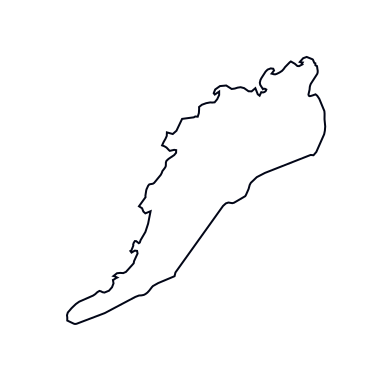 outline of Comoe, rotated 45°
{"feature_id": "CIV-3460", "entity_name": "Comoe", "entity_type": "Department", "adm_level": 1, "iso_a3": "CIV", "parent_name": "Ivory Coast", "parent_adm1": "", "projection": "equal_earth", "projection_center": [-3.5, 6.565], "detail": "fine", "context": "isolated", "style": "outline", "palette": "ink", "viewbox_px": 384, "rotation_deg": 45, "n_neighbors": 0, "source": "natural_earth", "source_scale": "10m", "svg_char_len": 2788}
<svg xmlns="http://www.w3.org/2000/svg" viewBox="0 0 384 384"><g transform="rotate(45 192 192)"><path d="M251.9,80.1L249.7,81.9L230.1,126.9L227.3,135.7L227.1,143.9L227.8,146.2L229.9,149.9L232.2,155.8L232.6,157.3L229.3,169.9L228.4,171.4L225.2,173.7L224.0,176.1L223.8,179.9L237.2,260.6L239.2,263.9L232.5,280.3L230.9,286.0L230.9,287.4L231.5,292.0L231.6,294.7L231.3,296.8L230.9,298.3L230.4,299.3L229.3,300.9L227.7,302.7L226.1,306.3L215.9,339.4L203.6,366.7L203.0,367.6L202.4,368.2L201.5,368.7L194.7,371.1L192.5,368.9L190.7,367.5L189.4,365.0L189.0,359.5L189.0,358.0L189.1,353.4L189.8,349.3L195.3,335.2L195.8,332.7L195.9,329.7L196.5,327.4L197.9,326.6L199.6,326.1L201.2,325.0L203.1,320.5L202.8,315.9L201.1,312.1L198.3,310.1L198.7,309.0L199.2,306.4L199.6,305.4L196.9,306.3L195.9,306.9L196.4,302.5L198.4,300.0L200.7,298.0L201.8,295.2L201.2,283.7L199.9,281.8L197.0,274.0L194.8,272.5L193.0,273.9L192.1,277.6L190.2,277.3L190.5,276.4L189.5,273.9L188.4,271.4L187.5,270.7L186.7,269.0L186.3,267.1L187.3,266.2L190.6,265.8L190.8,264.6L189.7,262.4L187.3,253.2L183.4,245.5L176.3,234.9L174.1,240.1L171.4,240.2L168.2,238.8L164.6,239.6L162.8,228.5L161.7,227.6L158.4,223.1L157.7,221.7L157.5,221.0L157.1,220.0L156.6,218.7L156.4,217.0L156.8,216.2L157.6,215.1L158.5,213.8L158.8,212.3L157.8,202.0L157.1,199.8L156.3,198.2L155.8,194.4L155.4,192.7L154.7,191.7L152.6,189.5L151.9,188.0L152.0,185.1L153.3,178.5L153.0,175.5L151.2,173.6L149.6,174.8L147.2,178.6L146.3,178.7L142.5,178.6L140.1,179.2L137.9,180.2L136.9,177.6L136.5,176.4L135.6,173.1L134.5,170.2L132.1,167.6L137.4,164.6L137.7,159.7L133.3,147.3L140.5,137.9L140.9,136.3L142.8,134.7L141.1,131.4L138.3,128.2L136.9,126.9L137.3,123.3L139.2,119.2L141.5,115.8L143.1,114.4L144.6,112.6L144.2,108.5L142.6,104.2L140.2,101.8L139.2,107.0L137.5,106.8L135.9,103.1L136.9,97.3L140.9,92.5L147.2,91.1L149.1,88.6L150.5,85.9L152.3,83.5L155.4,81.7L160.7,80.8L163.0,78.7L163.4,73.8L169.4,76.4L171.7,76.1L170.4,72.4L171.4,71.8L172.1,71.0L172.6,69.9L172.7,68.3L172.1,67.0L170.7,67.4L169.5,68.4L169.4,69.1L164.5,68.0L162.7,66.8L161.2,64.4L160.5,62.2L158.9,54.8L158.9,52.0L160.3,48.9L162.3,47.4L164.1,48.1L164.6,52.0L166.7,50.8L167.7,49.9L168.4,48.5L169.4,45.6L170.0,42.7L169.9,40.3L169.5,37.9L169.4,31.2L169.6,29.8L174.0,28.6L177.4,28.4L178.7,27.3L179.8,23.8L179.1,23.8L178.9,23.6L178.9,23.0L178.7,22.2L177.5,23.2L176.3,23.8L176.0,18.8L177.6,15.4L183.0,13.1L183.8,12.9L184.4,13.1L187.1,14.2L188.2,13.8L189.6,15.1L190.3,15.0L191.2,14.6L192.1,15.1L193.2,16.0L195.2,17.4L196.3,18.6L197.0,19.8L199.5,31.4L199.9,32.4L200.4,33.4L201.0,34.4L202.7,36.4L205.4,40.7L206.5,41.3L207.3,41.1L207.9,40.4L208.9,38.6L210.3,35.6L212.5,35.4L216.1,36.1L228.4,41.2L230.4,42.9L234.2,46.8L239.9,51.5L242.6,54.7L244.6,57.7L251.6,75.8L251.9,80.0L251.9,80.1Z" fill="none" stroke="#020617" stroke-width="2"/></g></svg>